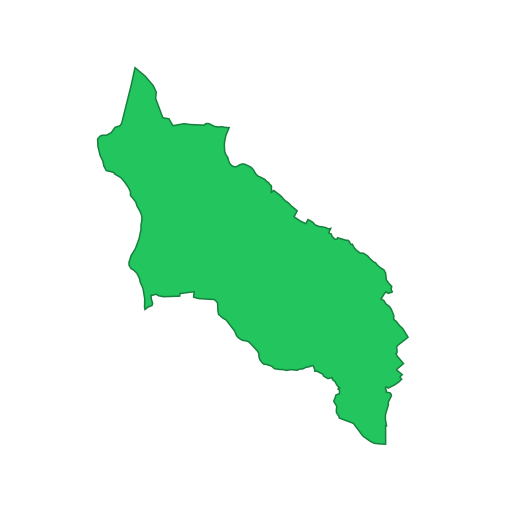 Ignesti, Arad, Romania, rotated 292°
{"feature_id": "2599482B32304228605498", "entity_name": "Ignesti", "entity_type": "district", "adm_level": 2, "iso_a3": "ROU", "parent_name": "Romania", "parent_adm1": "Arad", "projection": "mercator", "projection_center": [22.177, 46.451], "detail": "fine", "context": "isolated", "style": "filled", "palette": "green", "viewbox_px": 512, "rotation_deg": 292, "n_neighbors": 0, "source": "geoboundaries", "source_scale": "gbopen_adm2", "svg_char_len": 4191}
<svg xmlns="http://www.w3.org/2000/svg" viewBox="0 0 512 512"><g transform="rotate(292 256 256)"><path d="M381.2,85.9L385.3,73.3L382.8,73.7L380.5,74.1L367.5,76.3L329.0,81.7L326.0,81.3L322.4,77.1L316.2,75.6L312.1,72.3L310.4,68.2L308.7,66.5L305.1,65.3L298.2,68.5L290.4,74.2L287.0,78.1L282.5,81.2L279.1,85.1L280.1,91.9L280.1,93.2L279.1,94.2L278.0,101.6L275.2,106.8L271.3,112.6L268.4,115.6L265.1,116.9L263.4,120.3L260.8,124.5L257.7,127.0L254.7,130.8L253.0,132.8L250.7,134.7L248.8,135.9L245.6,137.0L241.5,137.8L237.3,139.5L228.1,141.1L217.9,141.4L212.6,140.6L209.7,140.0L206.5,140.3L202.5,140.6L199.8,141.8L197.4,145.1L197.2,147.5L195.5,151.9L191.4,156.5L188.5,158.3L183.7,163.3L174.7,168.8L170.8,170.3L167.6,171.5L166.8,171.8L164.8,173.1L167.1,174.4L168.3,175.1L171.1,178.1L173.2,178.0L177.7,174.5L180.4,173.5L180.8,174.7L183.2,177.8L182.6,180.2L183.6,185.5L190.2,200.3L192.7,199.6L199.7,212.0L194.4,213.6L195.0,218.6L198.6,229.6L199.9,233.0L199.6,235.1L198.0,238.0L191.1,241.1L187.9,243.1L186.0,248.3L185.6,252.0L183.5,255.7L181.0,259.9L178.5,264.2L174.9,267.8L174.1,269.0L173.3,271.4L172.7,274.5L173.8,280.1L173.5,281.8L172.2,285.0L168.5,292.7L166.7,295.1L164.9,295.9L162.9,297.0L161.2,298.6L160.3,300.0L159.2,301.9L158.6,304.0L159.6,306.8L159.4,307.5L159.7,312.0L158.4,315.3L159.6,320.4L160.9,323.9L161.3,327.0L163.8,331.1L165.5,337.1L167.3,338.5L168.9,341.8L171.3,343.8L173.3,346.9L175.5,349.2L175.6,350.2L172.6,353.0L171.3,353.5L171.2,354.0L172.0,355.5L171.5,361.7L170.5,363.3L169.9,364.1L169.3,368.6L170.2,370.1L171.5,371.5L171.4,372.7L170.2,373.0L169.6,374.6L169.4,375.7L168.9,376.5L168.2,377.5L167.2,378.6L166.6,379.4L165.6,381.2L165.5,382.4L165.1,383.0L164.6,382.1L163.4,381.9L163.1,383.2L162.2,384.0L159.5,384.9L158.3,383.3L157.0,382.2L153.2,382.5L151.3,382.4L150.2,382.7L147.7,386.1L146.4,387.4L143.4,388.1L140.9,389.3L138.5,392.8L136.9,394.0L137.2,403.2L137.3,409.0L133.6,415.1L129.6,421.7L128.9,423.3L128.1,426.7L126.9,431.8L126.7,436.0L128.0,440.8L130.1,446.7L147.0,439.8L147.4,440.7L152.7,437.3L157.2,435.5L162.1,435.0L167.6,434.5L170.2,433.4L172.1,433.6L176.9,433.9L178.2,433.4L179.3,431.6L178.6,427.5L180.2,427.3L181.4,425.7L183.2,425.5L183.1,428.2L184.0,428.9L188.4,432.8L192.7,435.6L196.3,437.2L197.5,434.9L198.3,435.0L200.8,436.0L203.0,429.1L203.6,428.9L211.5,433.1L216.3,424.0L217.9,422.4L219.1,423.0L221.5,422.1L223.7,420.7L225.8,420.6L227.7,421.7L237.6,427.4L240.7,423.3L242.4,421.0L243.7,419.2L244.0,418.4L244.6,416.9L244.8,416.3L245.0,415.7L245.1,415.4L246.6,412.8L248.1,410.1L248.8,407.4L252.4,406.1L254.9,403.7L257.5,401.2L259.2,398.5L260.3,394.3L262.5,391.5L263.0,387.9L264.0,388.2L265.9,388.6L267.0,388.7L271.1,389.7L271.5,390.0L270.9,392.2L271.1,393.1L272.0,393.4L272.4,394.5L273.4,395.7L274.0,395.7L275.2,394.1L276.6,393.6L278.4,393.3L278.9,393.0L279.0,392.1L279.6,391.5L280.6,388.8L281.2,388.3L282.6,385.9L283.7,385.3L288.5,382.7L291.1,379.8L291.7,375.8L292.8,372.4L294.5,369.3L294.6,367.2L296.4,362.3L297.8,359.7L298.8,354.8L298.6,353.5L297.7,352.0L298.4,349.1L299.1,346.7L300.5,343.8L302.6,341.3L303.0,341.0L302.3,339.7L302.9,338.7L304.5,337.0L305.0,335.0L304.4,334.2L303.5,324.8L302.7,324.9L302.1,324.8L301.4,323.6L301.2,322.1L301.9,321.1L302.4,320.0L302.4,319.1L303.5,318.5L304.6,317.6L304.7,314.7L309.6,314.9L308.2,312.9L308.5,310.2L307.8,306.0L307.0,303.5L307.0,299.2L308.6,295.8L309.3,290.6L304.6,290.0L305.1,283.8L306.6,276.6L313.3,277.3L315.8,269.5L317.1,266.9L317.7,264.8L318.0,262.8L319.3,259.8L320.5,257.6L321.6,254.6L323.4,248.0L320.8,246.4L322.2,245.8L323.2,245.8L324.4,244.8L325.3,244.8L327.0,243.7L327.5,242.0L328.6,240.5L329.4,237.4L330.3,235.7L330.8,230.6L330.8,228.1L331.7,225.7L332.5,224.4L335.0,221.2L336.3,218.6L336.6,216.2L336.9,211.6L336.6,209.6L335.6,208.0L334.0,206.3L332.1,205.0L330.9,203.3L330.6,202.1L330.6,200.3L331.4,198.0L332.7,196.2L334.8,194.4L336.8,192.9L338.6,190.2L341.2,187.8L347.4,184.9L351.5,183.8L356.3,182.9L364.9,183.0L363.5,178.4L363.1,175.8L361.7,173.3L360.6,169.1L361.1,162.7L360.4,160.6L359.1,159.3L358.0,159.2L355.0,150.7L353.2,145.6L351.7,139.7L346.7,131.7L345.7,130.1L350.6,123.9L349.3,117.8L364.5,103.9L370.5,102.2L375.4,97.0L379.8,88.6L381.2,85.9Z" fill="#22c55e" stroke="#15803d" stroke-width="1.5"/></g></svg>